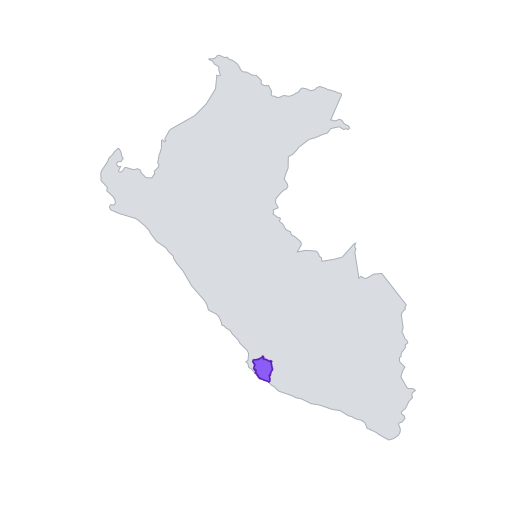 Ica, Ica, Peru shown in context, rotated 350°
{"feature_id": "86281439B40725623046053", "entity_name": "Ica", "entity_type": "district", "adm_level": 2, "iso_a3": "PER", "parent_name": "Peru", "parent_adm1": "Ica", "projection": "orthographic", "projection_center": [-75.617, -14.336], "detail": "fine", "context": "in_parent", "style": "filled", "palette": "violet", "viewbox_px": 512, "rotation_deg": 350, "n_neighbors": 0, "source": "geoboundaries", "source_scale": "gbopen_adm2", "svg_char_len": 7610}
<svg xmlns="http://www.w3.org/2000/svg" viewBox="0 0 512 512"><g transform="rotate(350 256 256)"><path d="M370.3,145.3L370.1,146.7L368.3,147.4L366.7,146.3L364.2,146.6L360.5,143.2L351.7,143.5L347.8,147.3L342.0,148.0L335.6,149.7L328.4,150.4L317.0,156.4L314.4,158.9L309.3,162.5L305.1,163.7L302.9,175.0L298.8,181.6L297.2,185.3L299.4,190.7L299.4,193.4L297.1,195.6L295.2,195.8L291.3,198.1L285.5,203.1L284.4,206.9L286.3,212.1L285.6,212.6L280.9,213.6L281.0,216.4L280.0,217.5L284.0,221.6L286.2,222.6L286.4,223.6L286.0,224.7L285.1,225.1L285.0,226.0L287.9,229.1L290.0,235.2L294.2,238.2L294.2,240.2L295.4,242.1L297.6,243.6L302.6,249.8L302.7,252.6L297.4,259.1L306.1,259.1L315.7,261.5L317.0,262.5L318.2,265.5L318.3,267.4L320.2,269.0L319.9,272.6L332.6,272.8L340.7,272.1L354.1,261.5L356.3,260.6L355.1,262.9L354.9,264.6L355.6,266.5L354.0,269.2L353.5,295.7L355.9,294.3L358.9,296.9L361.2,297.1L368.5,294.3L376.8,295.0L395.5,330.2L393.8,332.5L393.8,334.3L391.4,335.8L388.9,338.5L388.4,352.3L386.4,356.4L387.4,358.7L388.3,363.1L390.1,365.8L390.5,367.5L390.2,368.1L387.5,369.5L387.3,372.0L382.3,376.8L381.4,380.1L379.5,381.2L379.1,385.0L383.3,391.2L380.4,394.8L377.7,400.1L381.7,411.6L383.4,413.3L385.3,413.3L388.1,414.3L389.6,416.1L386.0,418.1L385.4,419.1L385.5,422.8L381.6,425.5L376.3,432.5L374.9,432.9L372.2,434.9L371.8,436.0L372.2,437.0L374.3,439.2L374.5,441.8L370.7,445.0L368.1,445.2L367.1,446.1L368.0,450.5L367.9,452.5L367.1,454.8L365.1,457.3L359.6,459.8L354.6,460.2L346.3,453.4L343.8,450.7L335.5,444.9L334.3,439.1L331.5,436.2L326.4,433.9L322.3,430.8L319.3,429.4L311.7,422.7L304.8,420.5L291.8,413.4L284.8,411.1L275.8,404.5L271.0,402.7L267.0,399.7L255.2,393.2L253.3,391.1L251.5,388.0L248.9,386.1L245.9,381.7L241.5,379.1L237.2,375.8L232.0,366.6L229.5,364.5L229.3,360.4L227.6,358.5L230.1,357.1L231.8,350.7L230.9,347.5L224.8,338.8L223.6,335.2L219.1,328.6L217.5,324.6L213.9,321.7L212.4,319.2L210.4,318.2L210.3,315.1L208.9,309.3L206.9,306.4L199.8,300.9L199.1,295.0L197.5,290.9L187.4,274.2L181.6,258.2L176.6,249.4L174.6,244.3L174.4,241.5L170.8,236.8L168.8,232.5L160.6,224.3L155.9,215.1L155.2,212.4L152.0,207.3L146.7,200.8L144.1,198.2L128.5,190.4L121.1,185.5L120.2,183.0L120.6,181.5L122.2,180.1L124.4,181.1L125.7,180.6L126.8,178.8L126.8,176.0L125.4,172.5L120.3,165.8L121.6,162.7L116.5,154.9L117.6,147.2L118.7,145.2L126.3,137.3L128.3,133.9L131.6,131.8L134.9,128.6L138.9,126.1L140.0,126.9L141.2,131.0L141.0,133.8L142.2,136.8L139.4,139.7L136.4,139.2L135.2,139.9L134.8,141.2L135.3,143.3L136.1,144.2L138.3,144.2L135.3,148.4L135.6,149.2L137.7,149.9L139.7,148.8L141.8,146.4L143.1,146.1L150.7,149.9L154.3,149.4L157.0,151.2L157.4,154.1L161.2,159.7L166.9,161.0L167.8,160.5L169.1,158.4L170.4,158.0L170.6,154.8L175.5,151.4L176.3,149.1L175.5,147.5L175.7,146.2L178.5,138.7L179.4,137.9L180.3,135.5L181.4,134.0L183.1,125.6L184.4,125.6L185.7,127.6L187.2,127.1L186.4,125.2L186.7,124.5L192.1,117.8L193.9,116.4L220.3,107.0L233.5,97.5L245.2,84.3L248.8,71.1L250.1,72.0L252.4,71.7L251.6,66.3L252.1,63.8L252.1,63.0L248.4,59.8L246.9,56.3L243.8,54.4L243.9,53.6L247.3,54.3L250.3,54.0L252.9,51.8L254.9,52.0L259.2,55.0L262.4,55.3L263.4,57.5L266.6,59.0L271.0,63.6L273.0,68.6L272.9,69.5L274.8,72.2L279.1,73.4L283.4,77.1L287.9,78.3L289.9,81.7L291.1,82.7L291.7,84.6L291.0,86.9L291.6,88.1L294.9,90.1L297.7,90.2L298.3,91.1L299.9,96.6L298.9,99.4L299.3,101.0L303.0,102.3L304.1,103.6L307.0,103.8L311.1,102.7L316.3,104.5L320.2,103.9L322.0,103.5L323.9,102.3L325.5,102.4L329.5,98.9L330.7,98.6L335.0,100.3L338.6,102.8L343.1,102.4L344.9,100.9L348.2,100.1L354.0,103.2L355.3,104.7L356.9,105.0L363.2,108.1L364.3,109.3L367.6,110.5L368.3,111.5L368.1,112.5L353.2,134.9L357.8,136.8L362.0,135.8L364.2,137.4L365.8,141.1L369.2,143.6L370.3,145.3Z" fill="#d9dde1" stroke="#a8b0b8" stroke-width="1"/><path d="M245.5,355.9L245.3,355.9L245.2,355.8L245.0,356.0L244.9,356.0L244.7,356.1L244.6,356.3L244.5,356.5L244.4,356.5L244.1,356.8L243.9,356.9L243.8,357.0L243.6,357.0L243.4,357.2L243.2,357.3L242.9,357.4L242.7,357.4L242.3,357.4L242.3,357.5L242.2,357.6L241.9,357.8L241.7,357.9L241.4,357.8L241.2,357.8L241.2,358.0L240.9,358.1L240.7,358.0L240.4,358.3L239.8,358.2L239.7,358.2L239.4,358.0L239.3,357.9L239.1,357.9L238.9,358.0L238.7,358.1L238.4,358.3L238.1,358.1L237.4,358.0L237.2,358.1L236.9,358.2L236.7,358.1L236.4,358.1L236.1,358.0L236.0,357.9L235.9,357.8L235.7,357.9L235.6,358.0L235.4,358.1L235.2,358.0L234.9,358.4L234.8,358.9L234.7,359.1L234.6,359.3L234.4,359.4L234.5,359.7L234.5,359.9L234.6,360.0L234.8,360.1L235.0,360.4L235.2,360.6L235.3,360.8L235.2,361.3L235.3,361.5L235.2,361.6L235.4,361.8L235.5,361.8L235.8,362.0L235.7,362.2L235.7,362.4L235.7,362.6L235.9,362.8L236.1,363.2L235.9,363.5L235.6,363.6L235.4,363.7L235.3,363.9L235.2,364.0L235.3,364.1L235.3,364.3L235.0,364.8L234.7,365.1L234.5,365.6L234.2,366.1L234.3,366.5L234.2,366.7L234.2,366.8L234.6,367.2L234.8,367.5L235.1,367.7L235.1,367.8L235.2,367.7L235.3,367.6L235.4,367.8L235.6,368.0L235.8,368.1L236.0,368.1L236.1,368.3L236.2,368.5L236.2,368.8L236.0,369.1L236.1,369.3L235.8,369.6L235.7,369.8L235.7,370.1L235.7,370.3L235.5,370.6L235.3,370.6L235.0,371.1L235.5,371.3L235.6,371.5L236.0,371.8L236.3,372.0L236.4,372.3L236.5,372.4L236.5,372.5L236.6,372.8L236.5,373.0L236.4,373.2L236.4,373.3L236.5,373.4L236.7,373.5L236.8,373.6L236.7,373.7L236.8,373.8L236.9,374.0L237.0,374.0L237.3,374.4L237.3,374.5L237.4,375.0L237.4,375.4L237.4,375.5L237.5,375.7L237.5,375.8L237.4,375.8L237.5,376.1L237.6,376.3L237.8,376.4L238.0,376.6L238.5,376.8L238.9,377.1L239.1,377.3L239.1,377.5L238.9,377.6L239.1,377.7L239.4,377.8L240.2,378.2L241.0,378.6L241.2,378.8L241.3,378.8L241.5,379.0L242.2,379.4L242.3,379.6L242.6,379.7L242.6,379.8L242.9,380.0L244.2,380.5L245.0,381.0L245.6,381.3L246.4,381.9L246.6,382.1L246.7,382.4L246.8,382.4L247.0,382.3L247.0,382.2L247.4,382.1L247.5,382.0L247.6,381.9L247.9,381.6L247.9,381.4L248.0,381.3L248.0,381.1L248.1,380.6L248.3,380.2L248.3,379.8L248.4,379.6L248.5,379.2L248.5,378.9L248.4,378.8L248.1,378.5L248.1,378.4L248.2,378.0L248.3,377.8L248.3,377.7L248.3,377.4L248.4,377.2L248.5,377.0L248.6,376.9L248.5,376.4L248.4,376.2L248.3,375.9L248.8,375.6L249.0,375.7L249.1,375.8L249.3,375.9L249.5,375.8L249.5,375.6L249.7,375.4L249.5,375.1L249.5,374.8L249.7,374.4L249.7,374.2L249.9,374.1L250.0,374.0L250.1,373.9L250.2,373.7L250.4,373.7L250.5,373.6L250.6,373.4L250.7,373.1L250.7,372.7L250.8,372.5L251.0,372.1L251.4,371.8L251.6,371.8L251.8,371.6L252.0,371.5L252.2,371.4L252.1,371.1L252.2,370.9L252.3,370.9L252.3,370.7L252.5,370.6L252.6,370.4L252.6,370.2L252.6,369.9L252.6,369.7L252.8,369.6L252.8,369.4L252.6,369.4L252.4,369.3L252.4,369.2L252.4,368.9L252.3,368.7L252.3,368.4L252.5,368.0L252.4,367.9L252.4,367.7L252.5,367.6L252.5,367.4L252.5,367.1L252.5,366.8L252.5,366.7L252.4,366.5L252.4,366.3L252.4,366.2L252.5,365.8L252.5,365.5L252.5,365.4L252.4,365.1L252.2,365.0L252.3,364.7L252.5,364.5L252.6,364.4L252.6,364.2L252.6,363.9L252.6,363.7L252.4,363.5L252.3,363.4L252.5,363.2L252.8,362.9L253.0,362.7L251.9,362.5L251.9,362.4L252.1,362.2L252.3,362.0L252.4,361.9L252.5,361.7L252.3,361.6L252.2,361.5L251.7,361.7L251.7,361.8L251.5,361.7L251.3,361.8L250.8,361.9L250.6,362.0L250.4,361.9L250.0,361.7L249.9,361.5L249.8,361.4L249.7,361.2L249.7,360.9L249.2,360.7L249.0,360.4L248.9,360.3L248.7,360.3L248.7,360.1L248.5,359.9L248.4,359.8L248.2,359.7L247.9,359.6L247.7,359.5L247.6,359.4L247.5,359.5L247.4,359.5L247.2,359.6L246.7,359.3L246.6,359.2L246.4,359.1L246.2,359.0L245.9,359.0L245.7,359.1L245.6,358.9L245.4,358.7L245.2,358.3L245.3,358.1L245.5,357.9L245.8,357.8L245.9,357.7L246.0,357.5L246.1,357.3L246.1,357.1L246.0,356.9L245.9,356.9L245.8,356.6L245.8,356.4L245.8,356.2L245.7,356.1L245.5,355.9Z" fill="#8b5cf6" stroke="#5b21b6" stroke-width="1.5"/></g></svg>